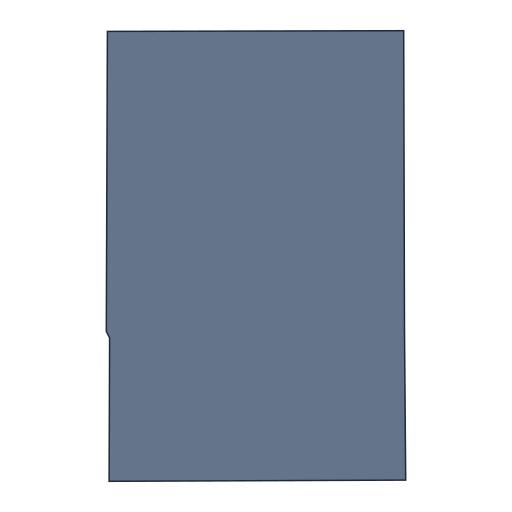 Antelope, Nebraska, United States of America
{"feature_id": "52423323B82245570198115", "entity_name": "Antelope", "entity_type": "district", "adm_level": 2, "iso_a3": "USA", "parent_name": "United States of America", "parent_adm1": "Nebraska", "projection": "orthographic", "projection_center": [-98.066, 42.176], "detail": "fine", "context": "isolated", "style": "filled", "palette": "slate", "viewbox_px": 512, "rotation_deg": 0, "n_neighbors": 0, "source": "geoboundaries", "source_scale": "gbopen_adm2", "svg_char_len": 226}
<svg xmlns="http://www.w3.org/2000/svg" viewBox="0 0 512 512"><path d="M405.7,480.1L404.5,330.6L403.7,30.7L107.4,31.4L106.3,331.4L109.6,337.8L109.1,481.3L405.7,480.1Z" fill="#64748b" stroke="#1e293b" stroke-width="1.5"/></svg>